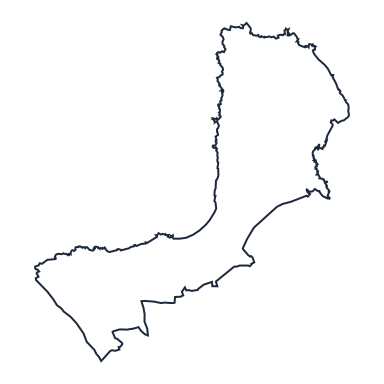 North Mahe, English River, Seychelles (orthographic projection)
{"feature_id": "34574756B41664711494427", "entity_name": "North Mahe", "entity_type": "district", "adm_level": 2, "iso_a3": "SYC", "parent_name": "Seychelles", "parent_adm1": "English River", "projection": "orthographic", "projection_center": [55.433, -4.604], "detail": "fine", "context": "isolated", "style": "outline", "palette": "slate", "viewbox_px": 384, "rotation_deg": 0, "n_neighbors": 0, "source": "geoboundaries", "source_scale": "gbopen_adm2", "svg_char_len": 5900}
<svg xmlns="http://www.w3.org/2000/svg" viewBox="0 0 384 384"><path d="M327.1,198.3L327.4,197.8L329.2,198.8L329.7,198.2L327.6,195.8L329.3,191.6L328.7,191.5L328.8,190.0L326.8,187.9L326.3,186.5L327.0,186.2L326.8,185.6L325.0,183.0L327.0,182.1L326.7,181.5L325.0,182.3L323.7,179.5L323.3,179.8L322.3,178.7L319.6,178.4L320.0,177.8L318.1,174.3L316.8,174.5L318.0,172.3L317.3,171.7L317.9,171.0L316.5,169.4L316.6,168.6L315.4,168.6L315.5,166.6L316.9,166.1L316.8,164.9L317.6,164.3L317.1,163.5L316.3,163.6L316.2,162.2L314.9,161.8L315.9,161.0L315.6,160.2L314.5,160.8L313.6,160.3L314.2,159.8L314.1,158.1L313.6,158.0L313.5,155.7L312.8,155.7L312.7,152.8L313.2,151.2L315.0,149.4L314.2,148.8L315.3,149.1L315.7,148.5L315.2,148.1L315.8,147.5L316.2,147.9L316.7,147.4L318.1,149.4L318.7,148.6L317.9,146.3L319.3,144.0L318.9,147.5L322.4,148.9L322.6,147.4L323.5,147.4L324.1,145.4L325.0,145.7L326.3,141.7L325.3,141.5L325.9,140.7L326.6,140.9L327.0,139.5L326.3,139.3L327.4,135.4L332.7,125.6L332.5,124.3L330.7,122.3L331.3,120.4L332.7,120.7L334.4,119.4L338.0,122.9L341.5,120.8L343.8,120.4L348.4,116.7L349.0,114.8L348.2,110.9L348.7,108.0L348.2,104.4L345.9,101.9L345.4,100.7L345.7,100.3L345.1,100.1L342.7,95.6L340.0,93.2L340.3,91.3L339.8,91.4L339.3,89.6L338.5,89.7L337.9,88.7L336.1,83.6L332.3,76.4L332.2,75.7L332.9,76.0L333.2,75.0L331.1,75.0L327.9,68.7L324.5,64.7L318.3,59.2L314.4,54.3L312.8,51.0L313.4,49.8L314.9,49.7L315.1,47.2L315.7,46.5L314.3,45.9L313.4,46.2L312.8,44.6L312.1,45.5L311.7,44.7L310.0,44.1L308.9,44.4L308.6,47.3L307.6,46.3L305.6,45.9L305.1,46.3L305.6,47.1L304.9,47.3L299.1,45.1L298.0,43.0L298.5,42.0L297.8,41.1L296.8,41.3L298.2,39.3L297.7,39.3L296.8,36.9L294.2,33.5L293.2,33.2L290.5,35.0L288.8,34.7L289.3,35.3L288.8,35.6L287.5,35.3L287.8,33.8L288.4,34.4L289.1,33.5L287.6,32.0L288.5,29.4L287.6,30.0L286.0,28.7L285.8,29.8L284.5,30.3L284.9,34.2L283.6,34.2L282.8,35.3L280.6,34.7L277.9,35.6L278.5,37.7L276.0,38.6L273.7,36.6L271.5,37.3L269.0,36.4L266.7,37.2L264.8,36.8L264.4,37.5L261.4,36.2L260.6,37.2L258.6,36.4L258.3,35.0L256.6,35.7L253.1,35.1L251.8,33.2L250.6,33.7L249.9,32.9L250.8,30.5L250.6,28.1L246.6,23.0L243.7,25.6L242.5,25.3L243.2,26.1L242.9,28.2L240.5,28.1L239.3,26.8L235.9,27.4L230.8,26.3L229.9,30.1L227.6,29.7L225.1,28.4L224.6,28.9L223.7,28.7L221.5,30.8L221.8,32.0L220.4,34.7L222.5,36.6L223.2,38.0L223.6,39.4L222.5,41.5L222.6,44.1L224.3,45.9L224.0,46.9L225.5,49.1L223.9,52.2L222.2,51.3L220.0,52.7L218.4,52.1L217.1,52.9L217.3,54.2L216.5,54.4L218.2,56.6L217.5,57.1L218.1,58.0L217.2,58.0L217.0,58.7L219.3,60.6L219.3,62.0L218.6,62.9L220.4,63.9L220.3,65.0L222.6,67.7L223.1,69.6L221.9,71.8L222.7,73.0L222.5,74.6L220.4,75.6L219.7,76.8L217.0,77.8L217.8,79.3L217.5,81.0L219.2,83.2L219.2,85.2L219.9,85.0L220.0,86.1L221.8,88.6L222.2,89.6L221.6,90.1L223.0,89.9L223.4,91.1L222.9,92.2L221.9,92.1L222.6,95.1L221.2,98.8L221.6,100.3L220.2,101.3L220.8,104.1L219.9,104.7L219.0,104.2L218.2,104.6L218.2,105.9L219.3,107.1L219.0,108.3L220.0,109.6L219.7,112.3L219.1,112.6L219.8,113.5L219.2,115.4L220.5,116.0L220.7,116.9L217.9,119.8L216.9,118.4L216.6,119.1L213.3,118.4L213.7,118.9L212.7,119.2L214.0,120.1L214.5,121.5L215.5,121.6L215.3,122.1L216.3,121.4L217.2,121.9L218.9,125.5L218.2,127.9L217.1,129.1L217.0,131.9L217.6,132.4L218.0,134.9L215.6,136.6L216.5,140.5L215.7,140.5L215.7,142.0L216.6,143.0L215.2,145.7L213.1,145.5L212.6,146.4L213.4,147.7L215.4,148.2L216.1,147.6L217.0,148.8L216.2,150.6L217.6,152.6L217.3,155.1L217.8,158.4L217.3,159.6L217.5,161.8L218.3,162.6L217.4,168.2L218.2,168.7L218.4,175.6L217.2,179.1L216.0,180.5L215.6,188.5L214.7,190.6L214.4,195.3L214.7,196.0L215.4,195.9L214.4,200.9L215.5,202.6L216.2,208.4L214.5,212.3L209.7,220.1L205.8,224.8L199.6,230.4L193.0,234.8L186.0,237.8L179.6,238.7L173.5,238.7L171.7,236.8L172.9,236.2L172.8,235.4L172.0,236.2L171.1,235.9L171.4,236.8L169.8,237.6L167.9,236.7L168.6,235.0L166.6,235.2L165.7,234.4L165.6,234.9L163.0,233.9L161.0,234.5L158.5,233.2L157.1,235.4L156.0,235.3L157.0,236.8L147.1,243.0L145.6,242.3L145.4,243.6L141.1,244.0L136.6,246.0L135.1,244.9L134.2,245.2L134.3,246.2L130.8,247.0L128.9,248.3L120.8,250.4L120.5,249.7L118.3,249.0L117.3,249.3L117.1,250.1L109.3,252.1L106.8,250.8L104.8,247.6L104.1,248.5L102.7,247.9L102.3,248.8L100.5,247.9L99.3,248.2L99.4,248.7L98.2,248.1L98.1,247.2L95.7,246.6L94.5,247.2L94.9,248.2L93.7,248.5L94.2,249.6L92.6,250.7L89.5,249.8L87.1,247.2L85.9,247.3L85.2,248.2L84.6,247.2L82.6,247.2L82.3,247.7L80.2,246.4L79.1,246.3L78.6,247.1L76.1,247.0L75.3,248.0L75.6,249.7L74.3,250.9L72.8,250.2L71.6,250.6L70.5,253.4L70.7,254.4L68.7,254.0L68.8,255.2L68.2,255.3L66.1,253.9L64.3,253.9L63.5,253.3L61.4,254.2L58.6,253.8L56.7,254.3L55.8,254.8L54.8,257.2L55.8,258.3L55.5,259.1L47.4,259.8L42.0,263.8L39.7,263.3L38.6,265.4L35.2,266.5L35.0,267.8L35.7,269.1L37.6,269.6L39.1,271.4L37.0,272.5L36.6,273.3L38.5,276.7L35.7,278.3L36.1,280.1L47.4,291.7L53.5,299.6L57.0,305.3L61.0,308.1L64.0,311.8L70.7,316.9L76.6,323.4L83.5,333.4L86.8,341.9L94.3,349.8L96.4,354.0L98.9,356.8L101.2,361.0L110.3,350.9L112.1,350.3L115.3,350.8L119.4,349.5L118.7,347.0L120.1,346.9L122.2,344.4L122.3,343.2L117.3,338.9L115.1,338.1L112.5,332.0L113.5,331.2L119.8,329.4L127.0,329.6L133.5,328.6L138.5,327.1L141.0,330.8L144.7,334.2L147.9,335.4L147.2,328.5L144.5,321.7L144.6,314.2L143.5,307.9L141.4,301.2L144.5,300.9L154.0,301.6L161.2,303.1L164.2,302.6L172.7,303.1L174.6,302.7L175.0,297.0L180.7,296.7L183.2,295.4L181.9,291.8L184.9,287.4L186.3,290.4L188.6,290.1L191.7,290.9L197.8,289.9L198.2,288.9L203.9,284.6L212.0,281.9L212.3,286.2L217.3,286.3L215.9,281.5L234.1,266.7L237.1,266.5L239.8,265.5L248.2,265.5L249.9,266.2L251.9,264.0L251.6,263.7L254.3,262.4L252.5,257.4L251.0,256.1L250.1,256.6L248.1,255.0L242.9,249.0L242.9,248.1L246.9,239.4L253.9,227.6L276.9,206.8L282.5,204.0L291.1,201.7L306.7,195.7L307.8,196.6L310.1,194.0L307.6,192.3L306.6,190.1L306.9,189.5L309.5,191.8L312.7,191.3L314.8,189.0L317.6,190.9L319.4,191.0L319.5,192.0L322.6,196.0L327.1,198.3Z" fill="none" stroke="#1e293b" stroke-width="2"/></svg>